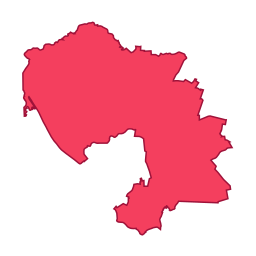 Cotorra, Córdoba, Colombia, rotated 267°
{"feature_id": "7082276B37197913893650", "entity_name": "Cotorra", "entity_type": "district", "adm_level": 2, "iso_a3": "COL", "parent_name": "Colombia", "parent_adm1": "Córdoba", "projection": "orthographic", "projection_center": [-75.768, 9.058], "detail": "fine", "context": "isolated", "style": "filled", "palette": "rose", "viewbox_px": 256, "rotation_deg": 267, "n_neighbors": 0, "source": "geoboundaries", "source_scale": "gbopen_adm2", "svg_char_len": 5803}
<svg xmlns="http://www.w3.org/2000/svg" viewBox="0 0 256 256"><g transform="rotate(267 128 128)"><path d="M207.8,28.6L206.6,28.3L205.1,29.2L202.9,31.2L202.6,32.2L202.4,32.5L201.5,33.3L201.1,32.9L199.5,32.4L198.9,32.6L197.3,32.4L195.6,31.3L192.7,28.9L188.3,25.9L171.4,25.2L170.9,25.8L169.0,26.4L168.5,26.7L167.2,26.5L166.1,26.0L165.5,26.0L165.2,26.2L165.0,25.8L163.7,25.4L163.1,25.5L162.8,25.9L162.3,25.9L161.8,26.1L160.8,26.8L160.9,27.0L160.0,27.4L159.5,27.5L158.5,27.8L156.8,27.5L156.2,27.3L154.6,26.0L154.1,25.2L145.2,25.1L145.3,25.9L145.2,26.4L145.7,27.0L146.3,27.2L146.3,26.7L146.7,26.7L146.8,25.9L147.3,25.6L147.7,25.8L147.8,26.3L148.6,27.0L149.2,27.6L149.8,27.8L150.0,27.4L151.0,26.3L151.9,26.3L152.3,26.6L152.2,27.0L153.1,27.4L153.1,27.8L153.4,27.5L154.7,28.5L154.4,29.2L154.0,29.5L152.9,30.1L151.1,30.6L150.9,31.1L150.9,31.6L151.5,32.6L151.5,33.2L151.6,33.6L152.1,33.9L152.4,33.6L152.5,33.3L152.7,33.0L153.3,33.3L153.5,33.2L153.8,33.5L153.5,33.9L153.1,34.0L153.9,35.0L153.8,35.8L153.4,35.8L153.0,35.3L152.3,35.1L152.0,35.9L152.1,36.3L152.5,36.7L162.3,30.8L164.1,30.4L164.4,30.7L160.2,33.2L158.7,33.9L150.4,38.7L148.2,39.8L138.6,43.7L132.8,46.5L131.1,47.2L123.1,51.0L118.8,53.6L115.9,55.9L112.0,58.5L109.7,60.4L105.9,64.7L99.3,72.7L95.5,76.9L94.8,77.9L94.8,78.6L95.2,79.4L96.0,80.3L97.4,82.4L96.9,82.6L99.5,86.0L103.9,82.9L104.7,82.7L107.0,82.7L109.0,83.0L110.1,84.2L111.0,86.2L112.1,86.4L112.5,87.0L111.9,87.9L111.9,89.3L112.8,89.9L114.0,90.3L115.0,91.4L115.5,92.8L115.3,94.2L114.8,95.1L114.4,96.4L114.4,98.0L114.0,106.4L114.3,106.9L116.1,108.5L117.4,109.0L118.8,108.9L119.1,109.2L119.9,109.3L120.5,109.8L120.9,110.6L120.9,111.0L120.3,112.8L119.6,113.5L119.4,114.4L120.5,116.2L122.4,117.8L122.8,118.5L122.8,119.1L122.7,121.2L123.0,122.8L124.1,124.8L126.6,127.4L127.0,128.4L127.1,129.8L126.9,131.2L126.7,132.2L126.4,132.6L125.7,134.2L125.7,134.4L126.1,135.0L125.9,135.5L119.4,134.1L119.0,138.6L118.7,139.7L117.9,141.2L116.5,143.0L104.2,143.6L103.2,145.0L95.4,143.9L93.6,143.8L91.3,144.9L83.6,147.2L77.1,148.6L76.2,146.7L68.8,144.6L69.0,141.0L74.7,141.1L74.4,139.6L77.1,138.7L76.8,137.7L73.6,137.9L73.4,137.1L71.3,137.3L71.8,134.5L71.4,131.0L69.1,130.4L66.1,129.1L65.2,128.4L62.3,124.3L61.0,123.4L59.9,123.0L59.1,125.1L57.9,125.2L58.0,124.7L54.0,124.4L50.9,122.7L52.7,119.3L49.0,112.8L50.4,112.0L48.0,109.7L47.2,110.9L46.5,111.3L45.6,111.7L43.4,112.4L38.9,112.5L37.8,112.5L36.3,111.9L35.8,112.0L35.2,112.4L34.6,113.6L34.0,118.0L33.2,119.2L31.7,120.7L30.3,121.7L29.0,122.9L27.9,125.0L27.6,126.0L27.3,128.0L27.3,130.8L26.8,130.7L25.4,132.7L24.0,133.5L23.6,133.9L21.9,134.4L21.1,135.4L20.8,136.0L20.6,136.8L20.7,137.2L21.2,137.7L21.4,138.3L22.6,139.5L23.0,140.2L23.4,139.9L25.0,141.8L25.7,143.5L26.5,146.4L27.1,148.0L27.5,150.8L27.5,151.7L27.1,152.7L25.0,155.1L27.3,155.4L28.4,155.9L31.2,155.6L33.3,155.1L35.0,154.9L36.6,155.6L37.9,156.5L41.8,158.1L42.3,157.4L44.3,158.9L44.5,158.7L45.8,159.3L45.7,159.7L46.9,160.4L46.9,160.6L47.1,160.7L47.2,161.2L47.1,161.3L46.4,161.0L46.0,161.9L48.1,162.4L47.6,163.4L46.4,163.6L45.8,164.7L44.4,165.3L43.7,165.8L43.6,165.4L43.3,165.7L43.6,167.1L44.3,168.6L44.6,170.0L45.2,170.6L46.7,170.6L48.5,171.7L50.6,173.7L52.2,174.7L48.6,214.0L49.7,214.2L52.2,224.1L60.8,223.0L61.5,227.2L64.9,226.9L71.6,220.7L79.0,215.4L82.3,212.6L85.2,214.0L91.5,209.1L92.5,210.8L93.3,213.4L94.1,214.7L96.9,217.1L98.6,218.2L99.4,219.1L100.0,220.3L101.0,224.1L101.5,224.8L102.5,225.8L102.7,226.3L102.9,227.2L103.0,230.9L108.5,228.1L108.8,229.0L110.7,226.2L111.2,224.4L114.6,224.0L114.6,221.3L114.5,221.0L115.2,221.3L116.5,219.9L117.1,219.9L117.5,219.4L120.3,221.0L120.4,220.8L121.7,221.5L126.9,222.5L126.4,225.4L131.0,226.5L131.0,225.9L135.7,210.6L135.5,208.7L132.3,199.7L136.9,199.9L137.1,198.4L151.8,204.3L153.1,203.3L153.4,202.6L153.4,201.7L162.1,205.2L162.9,202.7L161.9,202.5L164.1,199.7L164.7,197.5L169.5,200.9L171.5,198.2L173.0,198.9L173.5,197.5L171.0,195.9L169.4,193.9L173.3,187.8L171.5,186.0L172.6,180.3L172.7,178.4L172.6,175.7L174.1,176.1L178.5,178.6L181.4,181.4L192.5,187.3L194.6,190.1L195.2,190.1L195.9,189.8L197.1,188.8L198.3,188.6L199.0,187.9L201.0,183.5L201.1,183.0L201.0,182.2L200.0,180.2L199.3,178.1L199.2,175.5L200.0,174.3L200.3,174.1L200.4,172.8L199.9,171.8L200.0,171.2L200.5,170.5L200.4,169.8L199.6,167.3L199.8,166.0L200.7,165.0L200.8,164.7L200.5,164.3L199.0,163.6L198.4,162.7L198.1,162.3L199.8,159.5L200.1,155.1L203.8,155.0L203.8,148.3L204.5,148.4L204.9,144.6L208.8,145.0L208.6,143.9L209.2,140.0L207.7,140.2L206.3,139.9L203.7,137.1L203.1,135.0L207.7,130.4L206.5,128.7L206.2,127.3L206.4,126.9L206.2,126.5L206.3,125.9L206.5,125.7L207.0,125.7L208.0,127.5L209.6,125.7L209.0,124.9L208.9,124.4L209.2,123.9L209.4,124.0L209.4,125.2L210.0,125.2L210.7,125.0L212.5,123.8L213.0,123.6L213.4,123.7L214.2,123.4L214.6,123.0L215.8,122.8L215.5,121.8L216.1,121.4L216.7,119.9L219.0,118.3L221.1,118.2L222.7,116.9L223.6,113.6L224.2,113.0L226.6,112.8L227.3,112.5L227.9,111.9L230.1,108.1L230.8,107.3L231.4,105.7L231.4,102.9L231.6,102.8L231.7,103.2L232.7,103.1L232.5,102.1L232.5,100.4L233.0,99.9L233.9,99.9L235.0,99.3L235.4,98.1L234.9,96.8L234.9,94.4L234.6,93.5L233.9,92.3L234.2,90.3L233.2,85.3L232.8,84.5L231.9,83.8L228.4,82.4L227.9,81.7L226.6,80.8L225.7,79.8L225.6,79.1L225.0,79.7L224.9,78.7L226.7,75.6L225.4,74.4L225.3,73.2L225.0,72.9L224.4,72.8L223.8,73.2L223.3,73.1L222.9,72.0L223.1,70.3L222.3,68.9L221.3,68.0L220.9,66.9L220.1,67.1L219.6,67.6L219.9,66.0L219.7,64.1L219.1,63.3L217.1,62.1L217.2,61.6L217.6,61.2L217.6,60.4L217.2,60.1L216.7,59.2L216.2,59.2L215.2,58.4L215.0,58.0L214.9,56.1L215.8,54.3L216.0,53.4L215.9,50.2L215.1,49.1L214.7,48.6L212.6,48.0L211.2,47.2L210.4,44.6L210.7,43.8L212.2,42.3L212.6,41.5L212.5,39.6L212.8,37.5L212.4,36.9L211.9,36.3L211.4,35.4L211.2,34.8L211.3,33.2L210.8,31.8L209.7,30.9L208.6,29.4L207.8,28.6Z" fill="#f43f5e" stroke="#9f1239" stroke-width="1.5"/></g></svg>